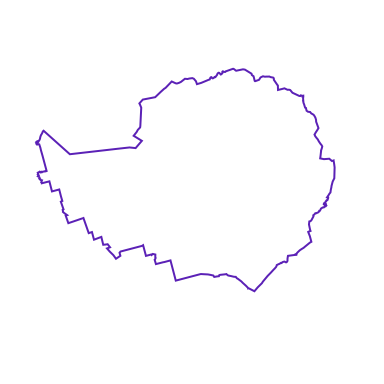 Demenes pag., Daugavpils, Latvia (orthographic projection), rotated 165°
{"feature_id": "27541924B73785369996962", "entity_name": "Demenes pag.", "entity_type": "district", "adm_level": 2, "iso_a3": "LVA", "parent_name": "Latvia", "parent_adm1": "Daugavpils", "projection": "orthographic", "projection_center": [26.568, 55.742], "detail": "fine", "context": "isolated", "style": "outline", "palette": "violet", "viewbox_px": 384, "rotation_deg": 165, "n_neighbors": 0, "source": "geoboundaries", "source_scale": "gbopen_adm2", "svg_char_len": 5599}
<svg xmlns="http://www.w3.org/2000/svg" viewBox="0 0 384 384"><g transform="rotate(165 192 192)"><path d="M66.6,143.6L66.5,143.8L66.7,144.1L66.7,144.3L66.4,144.3L66.3,144.0L65.8,144.1L65.7,144.2L65.8,144.4L65.9,144.5L66.0,144.8L66.1,145.0L65.8,145.5L65.8,145.9L65.9,146.0L66.1,146.3L66.3,146.4L66.7,146.1L66.9,145.7L67.0,145.6L67.3,145.6L67.7,145.8L67.9,146.0L67.8,146.3L67.5,146.6L67.4,146.9L67.1,147.0L66.9,146.7L66.7,146.7L66.2,146.6L66.1,147.0L65.9,147.2L65.8,147.5L65.6,148.0L65.3,148.3L64.7,148.4L64.5,148.6L64.4,148.7L64.5,148.8L64.4,149.0L64.0,149.2L63.8,149.1L63.4,149.1L63.2,149.2L63.0,149.4L62.9,149.8L62.3,150.4L62.1,150.9L61.9,151.4L62.9,151.9L60.6,153.9L59.7,154.8L58.4,155.7L57.3,158.3L56.0,160.8L55.8,161.5L53.4,165.7L51.0,168.4L47.9,178.8L47.5,181.7L47.2,184.4L47.2,185.4L47.1,185.8L48.8,185.7L50.8,188.6L55.6,189.5L56.1,189.6L59.5,191.3L58.5,193.6L57.1,197.2L56.6,198.4L56.6,198.7L55.5,200.3L54.4,202.2L54.4,202.5L54.8,204.0L55.4,205.2L56.4,208.1L56.9,210.3L57.4,211.3L58.5,213.9L58.8,215.8L58.1,216.4L57.2,217.4L54.7,219.6L53.3,221.0L53.4,222.2L53.5,223.2L53.9,227.8L53.5,229.6L53.6,232.0L54.2,234.3L54.7,235.3L56.5,237.1L57.0,238.2L57.2,238.7L58.5,239.2L59.3,239.6L60.3,240.9L60.2,243.7L60.9,244.2L61.0,246.4L61.0,247.5L61.2,249.0L61.1,251.2L60.9,251.2L60.6,253.1L60.2,254.5L59.9,255.0L59.6,256.2L60.2,256.2L60.4,255.6L60.7,255.7L60.5,256.4L61.9,257.2L62.6,256.7L63.5,257.0L69.3,261.9L70.2,263.9L70.7,265.0L71.6,265.6L73.2,266.0L73.5,266.2L75.9,268.2L78.5,268.2L82.5,268.3L81.6,272.2L81.5,272.7L81.8,273.2L83.9,279.2L83.8,279.5L83.6,280.4L83.6,280.8L83.7,281.0L84.0,281.5L86.3,282.6L87.4,283.5L92.0,284.6L93.5,285.4L95.8,285.0L96.1,284.9L96.4,284.7L98.1,283.1L98.3,283.0L102.2,282.7L102.5,282.8L102.7,283.2L102.6,285.6L102.6,287.9L102.7,288.0L103.9,289.5L103.9,290.9L109.2,296.5L111.0,297.3L117.9,297.7L118.1,297.8L118.3,298.0L119.5,299.7L120.4,300.4L128.1,299.8L128.3,299.8L128.7,299.4L129.0,299.4L129.9,299.7L130.3,299.9L130.5,300.0L130.9,300.6L131.1,300.6L131.7,300.1L131.7,299.9L131.6,299.7L131.6,299.4L131.9,298.9L132.3,298.6L132.5,298.5L132.8,298.5L133.0,298.4L133.7,298.0L133.8,298.0L134.8,300.0L135.3,300.3L135.6,300.3L136.1,300.1L136.6,299.8L137.0,299.4L137.3,298.8L139.7,296.9L139.9,297.0L140.1,297.2L140.4,297.3L141.0,296.8L141.5,296.6L142.4,296.4L142.8,296.5L143.1,296.8L143.3,297.1L143.4,297.8L143.5,297.9L143.7,298.0L144.2,297.9L144.6,297.7L145.7,296.2L145.8,296.1L146.8,296.1L154.9,295.0L159.3,294.9L159.5,297.9L160.9,300.9L162.2,301.9L163.7,302.1L165.3,302.3L167.1,302.3L169.5,303.2L174.2,301.2L176.2,300.8L178.5,300.7L179.6,301.2L183.0,304.0L190.6,299.4L192.2,298.9L196.3,296.8L203.0,293.1L215.6,294.0L219.9,291.2L219.6,289.8L219.2,286.6L224.8,269.2L225.4,267.8L228.3,266.0L229.9,264.3L233.8,261.4L227.2,254.4L235.1,249.0L240.8,251.2L252.6,253.0L262.0,254.4L300.2,260.1L319.5,289.6L319.9,289.4L320.5,289.0L321.1,288.1L322.2,286.9L322.8,286.3L323.2,286.0L324.4,284.2L324.8,283.3L325.0,282.9L325.6,282.0L327.2,280.5L327.7,280.0L328.5,279.6L328.7,279.8L328.8,279.9L328.6,279.9L328.4,279.8L328.2,279.9L328.1,280.0L328.1,280.3L327.8,280.4L327.7,280.5L327.5,280.9L327.6,281.1L328.6,281.0L329.5,280.6L329.8,279.6L329.9,278.9L329.4,277.9L328.4,277.9L328.2,278.0L327.6,277.8L327.2,277.5L327.0,274.0L327.1,271.3L327.0,265.6L327.0,249.9L328.1,249.8L328.5,250.2L329.4,250.0L330.2,250.2L331.1,250.1L331.7,250.4L332.0,250.0L332.6,250.3L332.9,250.1L333.1,250.5L333.6,250.9L333.8,250.6L334.2,250.8L334.9,250.8L336.0,250.5L335.8,249.5L335.9,249.3L336.2,249.2L336.4,249.0L335.9,248.3L335.7,247.5L335.9,247.3L336.2,247.5L336.7,247.3L336.9,247.1L336.2,246.5L335.6,245.8L335.5,244.9L336.0,244.5L335.5,243.9L335.7,243.6L335.5,243.3L335.0,243.2L334.9,242.9L334.9,242.6L333.9,242.1L334.1,241.8L334.5,241.2L335.1,240.4L334.7,239.9L334.8,239.3L327.0,239.2L327.1,228.8L319.6,228.8L319.7,221.7L319.6,216.9L321.2,216.6L320.6,208.5L321.5,208.3L321.6,207.4L321.7,206.3L321.8,206.1L320.6,204.4L318.6,202.0L320.1,201.9L319.5,193.9L310.3,194.5L303.6,195.0L302.4,179.0L299.0,179.2L299.0,171.3L291.2,172.1L291.4,164.0L288.9,163.6L287.0,163.4L285.5,159.8L288.7,159.5L286.8,155.6L284.3,151.4L282.7,147.2L277.7,148.9L277.7,152.1L276.4,153.0L256.4,152.9L254.2,152.9L253.0,153.3L253.0,142.2L247.5,142.2L247.3,141.6L245.9,142.3L243.6,141.1L244.5,137.8L244.3,137.6L244.8,136.9L245.1,136.5L245.4,136.3L245.6,136.2L245.5,131.7L238.0,131.6L237.0,131.5L230.5,131.5L230.6,110.6L205.2,110.5L204.5,110.4L197.8,108.2L195.5,107.1L193.0,105.8L192.5,104.2L189.8,104.0L187.8,103.7L187.2,104.6L186.3,104.7L181.2,103.9L180.0,103.8L179.9,103.5L178.7,102.0L175.9,100.6L173.5,99.3L171.7,98.7L171.0,97.1L170.1,96.2L167.5,92.9L166.5,91.1L164.1,87.4L162.5,84.5L162.6,84.3L162.0,84.2L157.4,80.0L153.2,82.9L148.1,85.8L146.7,87.1L140.6,91.4L136.7,93.7L133.1,96.0L132.0,96.6L130.1,97.9L129.2,99.1L129.0,99.5L126.9,99.9L126.7,99.9L126.0,100.0L124.5,100.5L124.1,100.2L123.6,100.3L123.1,100.7L122.2,100.9L120.9,100.9L120.6,100.8L120.0,100.2L119.4,99.7L118.9,99.7L118.5,99.9L117.8,100.5L117.4,101.3L117.1,102.6L116.3,104.5L115.8,105.5L112.0,105.0L109.7,104.7L107.4,104.3L107.3,104.5L107.7,104.7L107.8,105.1L107.7,105.1L106.7,105.5L106.1,106.1L103.0,107.8L101.0,108.5L98.6,109.2L97.6,109.7L91.2,112.6L89.6,113.0L89.6,115.5L89.6,118.9L90.1,123.4L89.8,123.5L87.6,123.7L87.7,125.1L87.4,130.4L86.3,133.2L85.0,133.2L84.7,133.4L83.9,133.9L81.0,137.0L80.9,138.1L80.3,138.3L78.6,139.3L78.3,139.6L77.6,139.3L77.0,139.5L75.9,139.5L74.4,140.2L74.1,140.7L73.8,140.5L73.1,141.0L71.7,142.6L69.9,143.2L69.2,143.1L68.6,143.0L68.4,143.1L68.0,143.5L67.7,143.7L67.4,143.6L67.1,143.5L66.6,143.6Z" fill="none" stroke="#5b21b6" stroke-width="2"/></g></svg>